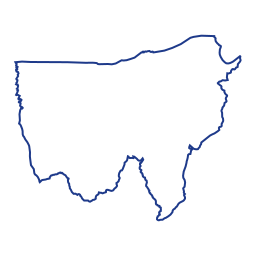 Phu Luang, Loei, Thailand (orthographic projection)
{"feature_id": "78962969B80258711240190", "entity_name": "Phu Luang", "entity_type": "district", "adm_level": 2, "iso_a3": "THA", "parent_name": "Thailand", "parent_adm1": "Loei", "projection": "orthographic", "projection_center": [101.608, 17.083], "detail": "fine", "context": "isolated", "style": "outline", "palette": "blue", "viewbox_px": 256, "rotation_deg": 0, "n_neighbors": 0, "source": "geoboundaries", "source_scale": "gbopen_adm2", "svg_char_len": 5770}
<svg xmlns="http://www.w3.org/2000/svg" viewBox="0 0 256 256"><path d="M19.1,123.6L19.8,124.1L20.7,125.3L22.1,128.8L22.6,131.0L22.7,134.3L23.2,135.9L24.0,136.8L25.3,139.4L27.4,142.3L28.7,144.8L29.2,146.1L30.0,152.2L29.9,156.3L30.1,158.4L31.0,165.2L33.8,169.1L34.3,173.0L34.6,173.8L35.4,174.8L36.3,175.3L37.8,177.0L39.1,179.6L39.5,181.7L39.8,182.2L41.7,180.3L42.4,180.0L45.7,179.5L47.4,178.9L48.4,178.8L49.6,178.5L49.8,177.2L50.2,176.8L50.8,175.8L51.3,175.4L52.6,175.2L53.1,174.8L54.3,174.8L55.3,174.3L56.7,174.3L57.5,174.0L57.8,173.5L58.6,173.4L59.1,172.9L60.3,172.5L60.5,172.5L60.8,173.0L61.2,173.2L61.7,172.9L62.2,172.9L63.5,174.2L65.5,175.3L66.6,177.0L67.3,177.9L67.7,178.2L68.4,178.3L68.6,178.5L68.6,178.9L67.9,179.8L68.1,181.9L68.4,182.8L69.1,183.6L69.3,185.8L69.8,186.8L69.8,188.2L71.0,190.0L71.8,191.9L73.6,193.8L75.6,193.7L77.4,194.9L78.3,194.1L79.0,194.1L79.7,194.5L80.1,194.9L80.3,195.9L81.1,196.4L82.2,198.6L84.1,200.5L88.0,200.5L88.9,201.3L90.0,201.7L92.0,200.6L92.9,199.9L94.3,199.7L95.6,198.9L95.8,198.4L95.7,197.4L96.1,196.1L96.6,195.4L98.4,194.3L98.9,192.4L100.6,192.8L101.4,192.8L102.4,193.3L103.0,193.2L103.9,192.8L105.9,192.2L106.1,190.4L106.6,189.9L107.8,189.8L111.3,190.9L112.7,190.6L113.3,190.2L114.4,188.7L115.9,187.5L116.9,186.2L117.0,185.4L116.5,184.0L116.5,183.0L117.0,182.8L118.6,181.2L119.0,179.7L119.6,178.5L119.6,177.6L118.9,176.6L118.8,175.2L119.2,173.2L120.5,170.8L120.9,170.5L121.9,170.4L122.7,169.1L124.5,164.5L124.6,162.7L125.5,161.9L126.3,161.3L127.1,160.2L127.9,156.3L128.4,156.5L129.3,157.8L129.8,158.0L132.1,157.9L133.5,158.1L133.7,157.9L133.7,157.4L133.4,156.5L134.3,156.7L136.9,158.8L138.1,160.2L139.1,160.7L140.4,160.6L140.9,160.4L142.6,158.4L143.2,159.6L143.1,159.9L141.2,162.7L141.0,162.9L140.6,162.8L140.3,162.9L140.0,163.6L140.0,164.7L140.6,166.0L139.7,167.2L139.7,168.7L140.0,169.2L141.3,170.0L141.3,170.7L140.7,171.5L140.7,172.0L141.3,172.7L141.9,173.0L142.4,173.7L142.5,174.2L142.4,174.7L142.9,175.3L142.8,176.0L143.0,176.5L143.9,177.3L145.0,177.6L145.3,179.6L145.7,180.1L146.6,180.6L146.9,182.5L146.2,184.6L146.1,185.9L146.4,186.4L147.3,187.3L147.6,188.0L148.3,188.8L148.6,189.8L149.4,190.5L149.1,191.4L149.4,192.3L149.8,192.6L149.8,193.1L150.4,193.4L150.6,194.1L151.7,194.9L151.8,195.3L152.3,195.9L152.4,196.8L153.1,197.4L153.2,198.0L153.7,198.5L154.5,199.0L155.7,200.4L155.9,201.5L155.9,203.7L156.2,204.4L157.4,204.9L157.5,205.4L158.4,205.8L159.4,205.9L159.4,206.9L160.5,207.3L160.8,207.6L160.7,208.6L160.9,209.0L160.8,211.0L159.9,211.3L159.5,211.9L159.5,212.4L159.2,212.5L159.4,213.1L159.2,213.8L159.6,214.0L159.8,214.6L159.2,214.7L158.8,215.6L157.6,216.4L157.6,217.1L157.1,217.7L157.0,219.2L157.5,219.8L158.0,220.1L158.9,220.3L160.1,219.8L162.6,219.7L164.5,218.3L165.9,217.8L168.3,216.3L170.5,214.6L172.4,212.2L172.7,210.6L173.2,209.8L173.7,209.3L174.9,208.6L175.8,207.3L176.8,206.6L178.6,203.6L180.0,202.5L183.0,201.0L183.9,200.3L185.0,198.6L185.0,197.3L184.0,195.0L184.2,194.7L184.9,194.0L184.1,193.2L183.8,192.5L184.0,191.4L183.2,188.5L183.4,188.0L184.6,186.7L185.1,182.4L184.6,180.0L183.3,177.8L183.1,175.7L183.7,171.6L185.6,166.5L186.5,162.8L186.7,161.2L187.1,160.1L187.7,157.7L188.1,154.9L188.8,154.2L190.4,154.0L191.1,150.6L192.1,149.4L191.7,149.0L189.7,148.5L189.2,148.1L189.2,147.2L189.9,145.4L193.4,148.5L193.9,148.8L195.4,149.2L196.9,149.3L198.0,149.1L198.6,148.1L199.7,147.1L200.1,145.6L201.1,144.1L201.3,142.5L210.1,135.5L212.4,134.3L214.5,133.4L217.8,131.2L219.3,129.9L218.9,128.0L219.1,127.4L219.7,127.0L221.1,126.6L221.6,126.1L221.7,125.4L221.6,124.0L223.1,121.2L223.2,120.3L223.0,118.5L222.2,116.9L222.1,112.8L221.5,111.1L221.5,110.4L222.3,108.7L222.5,107.5L224.1,105.6L224.6,102.9L226.1,101.9L226.5,101.4L226.5,100.9L225.9,99.3L225.8,98.3L226.1,97.5L227.0,96.2L227.1,95.6L226.9,95.2L225.7,94.3L224.9,93.1L224.4,92.0L224.4,90.6L222.5,89.8L221.6,88.7L221.3,87.9L221.5,86.7L221.2,86.0L219.5,84.8L218.7,84.0L217.9,83.5L217.8,83.1L219.3,81.6L220.7,81.4L222.6,80.2L225.2,80.5L227.7,80.0L226.9,77.5L227.3,73.3L228.5,73.5L230.7,72.7L230.9,72.4L231.0,71.2L231.2,70.6L232.3,69.2L233.0,69.0L233.9,69.4L234.5,69.4L235.0,69.1L236.1,67.6L237.6,67.0L237.9,64.1L240.1,61.5L240.6,60.2L240.0,58.1L240.2,57.3L240.2,56.5L240.6,55.7L233.2,61.5L231.9,62.2L230.4,62.9L228.7,63.4L227.0,63.4L226.1,63.2L224.7,62.2L222.6,60.1L220.7,56.9L219.8,54.6L219.6,52.8L219.9,49.4L220.8,47.0L220.9,46.2L220.4,45.7L219.1,45.2L218.7,44.5L217.4,43.4L215.8,41.4L215.4,39.6L215.6,38.4L215.3,37.9L214.4,37.2L214.3,36.1L201.3,35.7L193.5,36.9L190.4,37.8L180.8,44.1L172.3,47.9L164.4,50.6L153.7,52.4L153.3,52.4L153.1,51.9L152.8,51.7L152.4,51.6L151.1,52.0L150.3,51.7L149.5,51.0L147.8,51.2L146.3,51.7L145.8,51.5L145.5,51.6L145.2,51.5L144.3,52.0L143.7,51.7L143.5,51.9L143.5,52.1L142.9,51.9L142.8,52.2L142.4,52.0L142.1,52.4L141.3,52.5L134.6,57.6L130.8,58.9L126.6,60.2L123.6,60.5L121.6,60.3L115.7,63.5L111.8,64.3L107.8,64.0L99.1,64.2L97.9,64.0L96.9,63.2L96.2,63.0L92.5,62.7L85.6,62.8L67.4,62.2L30.9,62.0L22.0,61.6L15.4,62.2L15.8,63.0L16.6,63.7L16.5,64.9L16.1,65.2L16.1,65.6L16.7,66.3L17.6,66.9L17.4,67.4L17.0,67.4L16.5,67.1L16.3,67.3L16.3,67.7L17.1,68.6L17.3,69.2L17.1,69.6L16.1,69.8L16.1,70.5L16.6,71.6L18.1,72.1L18.5,73.5L17.7,74.8L18.1,76.0L16.3,78.9L16.6,79.5L17.5,80.2L17.1,82.0L16.4,82.9L16.5,83.8L16.1,84.3L16.7,84.7L17.7,84.7L18.1,85.9L17.6,88.0L16.9,88.8L17.6,89.3L17.6,89.8L17.9,90.1L17.6,90.4L17.9,90.6L17.9,90.9L17.5,91.6L17.3,92.5L16.1,94.9L16.4,95.1L17.3,94.8L17.9,94.9L19.7,95.9L18.4,98.5L18.5,99.2L18.9,99.5L19.3,99.5L20.1,99.0L21.3,99.6L21.5,99.9L20.9,101.0L19.8,101.6L19.0,101.8L18.8,102.1L18.9,102.3L20.0,102.7L20.6,103.2L20.6,103.7L20.3,104.3L20.4,105.0L20.1,105.5L20.4,106.3L20.8,106.7L22.2,107.2L22.7,107.9L22.1,108.6L21.0,108.5L20.2,110.1L19.5,114.2L19.9,120.4L19.1,123.6Z" fill="none" stroke="#1e3a8a" stroke-width="2"/></svg>